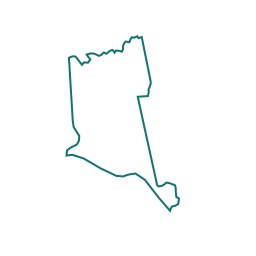 São Roberto, Maranhão, Brazil (Albers equal-area conic projection), rotated 233°
{"feature_id": "56859067B29167926577350", "entity_name": "São Roberto", "entity_type": "district", "adm_level": 2, "iso_a3": "BRA", "parent_name": "Brazil", "parent_adm1": "Maranhão", "projection": "albers", "projection_center": [-45.033, -5.022], "detail": "fine", "context": "isolated", "style": "outline", "palette": "teal", "viewbox_px": 256, "rotation_deg": 233, "n_neighbors": 0, "source": "geoboundaries", "source_scale": "gbopen_adm2", "svg_char_len": 1146}
<svg xmlns="http://www.w3.org/2000/svg" viewBox="0 0 256 256"><g transform="rotate(233 128 128)"><path d="M216.6,129.1L218.3,127.4L219.1,125.4L219.5,123.0L173.0,92.2L167.3,88.4L161.5,85.2L156.5,84.7L151.0,84.3L147.4,81.2L145.6,77.2L146.8,70.6L146.8,68.2L146.7,65.7L143.0,62.3L139.9,67.6L130.2,74.3L112.5,81.7L96.9,89.8L92.3,94.9L90.4,100.6L87.1,106.6L76.5,110.3L53.4,110.6L36.5,111.8L38.0,113.7L38.8,116.0L37.5,118.7L37.1,122.3L39.2,124.5L41.2,126.3L43.8,125.1L48.9,128.1L50.7,129.6L54.0,131.1L58.8,128.1L61.3,125.8L61.1,123.3L61.5,119.9L62.8,117.4L64.8,116.9L75.1,121.6L114.9,139.8L147.1,154.6L141.5,163.1L144.2,166.3L146.2,167.3L147.9,170.2L149.7,172.8L151.5,174.1L192.4,193.7L193.4,190.4L195.7,190.6L196.4,187.3L198.2,185.5L197.1,182.8L195.7,180.7L198.5,178.2L198.1,176.2L196.5,173.4L194.1,171.7L192.7,169.0L195.2,167.2L197.2,164.8L196.2,162.7L199.5,162.7L200.4,160.7L200.4,158.5L200.4,155.2L202.9,154.1L202.5,150.6L203.1,148.2L205.7,146.9L208.1,145.4L209.8,143.4L210.7,141.5L211.5,139.2L208.6,139.1L205.4,139.1L204.2,135.4L206.9,132.3L206.1,129.3L209.1,129.2L212.9,129.2L216.6,129.1Z" fill="none" stroke="#0f766e" stroke-width="2"/></g></svg>